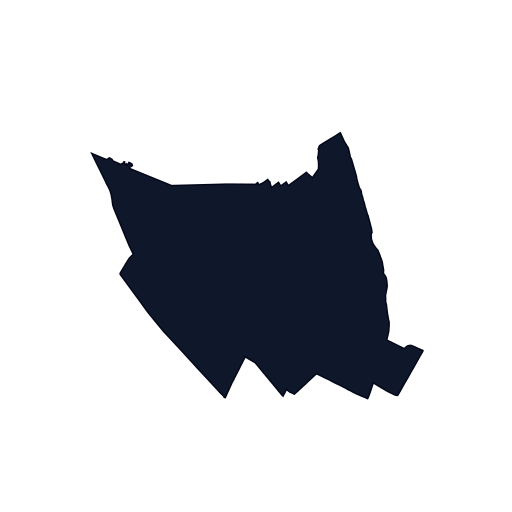 Iztapalapa, Distrito Federal, Mexico (Natural Earth projection), rotated 199°
{"feature_id": "50627088B81383343299942", "entity_name": "Iztapalapa", "entity_type": "district", "adm_level": 2, "iso_a3": "MEX", "parent_name": "Mexico", "parent_adm1": "Distrito Federal", "projection": "natural_earth1", "projection_center": [-99.063, 19.343], "detail": "fine", "context": "isolated", "style": "filled", "palette": "ink", "viewbox_px": 512, "rotation_deg": 199, "n_neighbors": 0, "source": "geoboundaries", "source_scale": "gbopen_adm2", "svg_char_len": 6069}
<svg xmlns="http://www.w3.org/2000/svg" viewBox="0 0 512 512"><g transform="rotate(199 256 256)"><path d="M76.6,170.6L76.1,173.1L75.6,175.4L75.5,176.3L75.0,178.9L74.6,181.3L74.0,184.4L73.6,186.5L73.0,189.4L72.5,191.9L71.9,195.4L71.7,196.7L71.4,198.2L71.1,199.6L70.5,202.7L69.4,208.8L69.1,210.5L68.4,214.5L67.8,217.4L67.3,219.9L67.3,220.4L67.4,221.0L68.7,221.1L72.8,221.4L73.5,221.5L75.0,221.6L75.7,221.7L78.1,221.9L78.5,221.9L78.9,221.9L79.8,222.0L80.4,221.9L80.8,221.8L81.7,221.4L82.0,221.3L82.5,221.0L83.1,220.5L83.3,220.4L83.7,220.0L84.1,219.5L84.4,219.0L85.1,217.7L85.3,217.4L85.7,216.7L105.0,219.1L105.8,226.7L106.1,228.5L106.5,229.9L107.5,233.6L108.6,236.8L109.5,238.2L110.1,239.2L113.2,244.8L114.6,247.7L115.4,249.3L116.7,252.2L117.1,252.8L117.4,253.2L118.1,254.3L118.3,254.5L118.5,255.0L119.3,257.3L119.4,257.5L120.6,260.7L120.8,261.1L120.8,261.4L120.9,261.6L120.9,262.0L121.1,263.5L121.4,265.5L121.5,266.5L121.6,267.4L121.7,267.7L121.7,268.2L121.9,269.0L122.0,269.7L122.3,270.7L122.6,271.4L123.4,273.1L124.0,274.6L125.6,277.5L126.1,278.1L126.8,278.8L127.5,279.4L129.0,280.4L129.5,280.8L129.8,281.2L130.0,281.5L130.2,282.2L130.6,283.6L130.8,284.3L131.0,284.7L131.6,285.8L132.4,287.2L134.5,291.1L135.3,292.2L136.3,293.6L138.5,296.2L139.2,297.2L142.1,300.5L142.4,300.9L142.8,301.2L143.2,301.4L143.9,301.8L145.4,302.7L146.2,303.3L147.6,304.3L148.7,305.2L149.4,305.8L150.4,306.9L151.3,308.1L152.7,310.1L152.9,310.6L153.0,311.2L153.2,311.7L153.7,311.7L153.9,313.7L154.4,315.2L154.1,315.4L153.9,315.8L154.0,316.1L154.1,316.3L154.5,317.1L154.9,317.9L156.0,319.9L156.6,320.7L158.0,322.8L159.9,325.7L161.8,328.5L163.3,330.8L163.6,330.6L165.5,333.5L166.7,335.2L167.3,336.0L167.5,336.3L168.6,337.7L170.5,340.8L171.1,341.6L171.6,342.4L172.7,343.6L173.1,344.2L173.3,344.8L173.9,345.5L174.3,346.3L175.1,347.3L175.5,347.8L176.1,348.7L176.6,349.3L177.2,350.9L177.6,351.4L178.2,352.3L179.1,353.1L180.0,353.6L180.3,353.9L180.9,354.6L181.9,356.1L182.5,356.9L183.1,357.7L183.6,358.4L184.6,360.0L185.2,360.8L185.7,361.6L186.2,362.4L186.6,363.4L188.4,366.1L192.5,371.9L193.3,373.1L193.9,373.9L196.1,377.0L197.4,378.8L198.1,379.4L198.9,380.1L199.1,380.4L201.9,385.0L203.3,387.3L203.9,388.2L204.9,389.0L209.3,392.6L209.7,392.9L211.4,394.7L216.1,399.7L216.5,400.0L218.3,397.6L219.4,396.2L220.5,394.8L224.1,390.6L226.3,387.9L228.1,385.8L229.4,384.2L231.8,381.1L231.9,380.8L232.0,378.6L232.0,377.3L231.2,376.5L230.9,375.5L230.0,371.7L229.9,370.8L229.8,370.5L229.8,369.3L229.4,368.5L227.8,365.9L226.0,361.1L225.3,358.5L225.9,356.3L226.6,353.9L228.2,348.4L233.5,350.5L234.3,350.9L235.6,351.5L238.7,347.0L244.8,338.1L245.4,337.2L246.1,336.4L246.6,335.6L247.5,334.3L248.4,333.1L251.6,335.8L252.0,335.1L254.5,331.6L255.5,330.4L255.7,330.5L257.6,332.1L258.7,333.0L260.3,330.7L263.3,326.1L263.5,325.6L264.1,326.5L264.5,326.9L264.9,327.3L265.2,327.7L265.5,328.2L266.3,329.3L267.0,330.6L267.2,330.8L267.6,330.3L269.8,332.2L273.3,327.2L273.6,326.7L273.8,326.9L276.5,324.2L278.3,326.0L278.4,325.9L278.8,325.3L279.4,324.2L279.8,323.7L280.1,323.5L306.9,314.5L358.7,295.1L403.8,297.6L404.5,298.4L402.3,301.2L403.0,302.4L403.2,302.5L404.2,302.8L405.0,303.0L406.6,303.1L406.7,301.4L407.1,301.3L407.3,299.6L407.9,299.7L407.7,300.4L408.8,301.0L409.0,299.8L410.7,300.5L410.9,302.2L411.5,302.1L411.4,300.5L412.1,300.5L413.4,298.8L414.7,298.7L422.1,299.3L423.8,300.6L426.1,301.0L426.8,301.0L428.2,298.6L432.3,298.7L444.7,299.5L437.2,292.0L431.1,286.0L423.4,278.3L421.2,276.0L418.7,273.7L415.5,270.5L413.1,267.2L411.0,263.5L408.2,257.8L406.1,254.9L400.4,248.4L394.1,241.3L386.5,232.6L379.4,224.6L374.6,219.8L373.5,218.7L372.9,218.0L373.0,216.9L373.2,216.2L373.7,215.7L375.2,212.4L376.5,206.7L378.6,196.7L378.8,195.9L378.7,194.8L378.4,194.4L361.3,182.5L352.6,176.5L340.1,167.7L329.7,161.2L320.3,155.5L318.7,154.5L296.7,142.8L274.0,130.4L268.0,127.2L261.0,123.5L255.3,120.4L250.2,117.7L245.9,115.3L239.2,112.1L239.3,112.0L239.0,112.0L238.7,114.4L238.5,117.3L238.4,118.1L238.1,120.9L237.9,123.5L237.8,124.5L237.6,126.0L237.5,127.4L237.5,128.1L237.2,129.3L237.1,130.3L237.0,130.6L236.9,131.2L236.6,134.0L236.5,134.6L236.3,135.7L236.2,137.0L235.9,138.7L235.8,139.6L235.3,143.0L235.2,143.7L235.0,145.4L234.8,146.8L234.3,150.5L234.0,152.8L233.7,154.8L233.6,155.3L233.6,155.8L233.5,157.1L232.1,156.9L230.3,156.5L228.5,156.1L227.6,155.9L226.7,155.8L223.1,155.0L221.9,154.8L221.2,154.3L219.3,153.2L215.4,150.8L214.4,150.2L213.4,149.6L212.4,148.9L211.4,148.3L210.7,147.8L209.8,147.4L209.0,146.9L208.0,146.3L207.0,145.6L206.1,145.1L205.2,144.6L204.1,143.9L201.9,142.5L201.0,142.0L199.0,140.8L197.8,140.1L196.7,139.4L195.8,138.8L193.4,137.4L192.3,136.7L191.8,136.4L191.4,136.1L191.1,135.9L190.4,135.5L190.3,135.4L189.5,135.0L189.2,134.8L188.8,134.6L186.7,133.2L185.7,132.7L184.8,132.3L184.6,134.0L184.2,136.0L184.1,137.1L183.8,138.9L183.6,140.0L183.0,139.5L179.9,138.4L179.5,138.3L179.5,138.6L179.0,138.5L178.8,138.5L177.5,138.2L175.9,138.0L174.8,137.8L173.7,139.8L173.3,140.5L172.5,141.9L171.8,143.2L171.2,144.3L170.7,145.3L169.8,146.9L169.0,148.5L167.5,151.1L167.4,151.5L166.3,153.5L166.2,153.9L166.0,154.3L165.6,154.9L160.4,164.6L159.7,164.2L159.0,164.2L156.9,164.0L156.2,163.9L154.8,163.7L149.5,163.0L148.9,163.0L148.6,163.0L144.9,162.5L144.1,162.3L143.3,162.2L142.2,162.0L139.3,161.6L139.2,161.6L138.4,161.5L138.0,161.4L137.4,161.4L137.0,161.4L135.7,161.3L135.6,161.2L135.1,161.2L134.4,161.1L133.2,160.9L132.4,160.8L128.2,160.2L127.8,160.1L126.9,159.9L124.5,159.5L124.2,159.4L123.6,159.4L123.1,159.4L122.3,159.3L120.8,159.0L120.1,158.9L119.6,158.8L119.4,158.8L119.0,158.7L118.4,158.7L117.9,158.6L117.3,158.5L116.6,158.4L116.2,158.4L115.6,158.3L114.7,158.2L113.2,158.2L111.7,158.0L108.3,157.8L107.4,157.8L104.0,157.5L103.8,159.9L103.7,162.9L103.7,163.3L103.7,166.3L103.8,174.3L103.6,174.2L102.5,173.9L101.7,173.8L99.9,173.4L98.6,173.1L97.7,172.9L96.8,172.7L96.2,172.6L95.7,172.5L95.2,172.4L94.9,172.3L93.5,172.0L93.1,172.0L91.5,171.6L90.0,171.3L89.2,171.1L88.8,171.0L86.4,170.7L85.9,170.6L85.2,170.5L83.9,170.4L79.4,169.8L77.6,170.0L76.7,170.3L76.6,170.6Z" fill="#0f172a" stroke="#020617" stroke-width="1.5"/></g></svg>